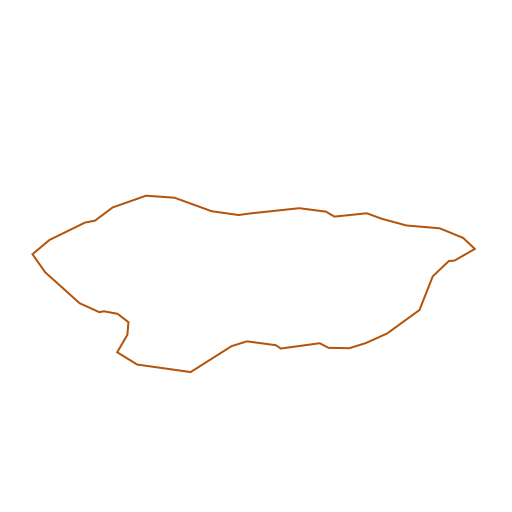 outline of Jocotenango, Sacatepéquez, Guatemala, rotated 229°
{"feature_id": "79465075B20964806196125", "entity_name": "Jocotenango", "entity_type": "district", "adm_level": 2, "iso_a3": "GTM", "parent_name": "Guatemala", "parent_adm1": "Sacatepéquez", "projection": "robinson", "projection_center": [-90.734, 14.586], "detail": "fine", "context": "isolated", "style": "outline", "palette": "amber", "viewbox_px": 512, "rotation_deg": 229, "n_neighbors": 0, "source": "geoboundaries", "source_scale": "gbopen_adm2", "svg_char_len": 676}
<svg xmlns="http://www.w3.org/2000/svg" viewBox="0 0 512 512"><g transform="rotate(229 256 256)"><path d="M404.0,88.5L382.1,86.2L336.0,91.9L316.4,100.9L314.0,105.0L303.2,113.6L289.7,116.3L280.9,107.2L274.4,88.1L252.0,95.1L211.3,130.5L204.0,178.4L197.5,193.2L175.6,212.5L169.9,214.0L148.4,246.8L139.1,250.5L125.3,265.8L118.4,281.3L111.5,304.2L108.0,344.0L124.7,376.1L125.7,398.3L122.3,402.8L117.8,425.8L133.7,424.2L156.4,412.8L180.4,389.5L201.5,375.4L215.6,367.6L234.3,341.0L243.6,337.9L263.7,320.0L291.2,280.6L298.4,269.7L318.9,251.9L353.5,232.7L373.7,212.5L386.7,179.7L388.3,157.7L393.4,148.9L403.6,110.7L404.0,88.5Z" fill="none" stroke="#b45309" stroke-width="2"/></g></svg>